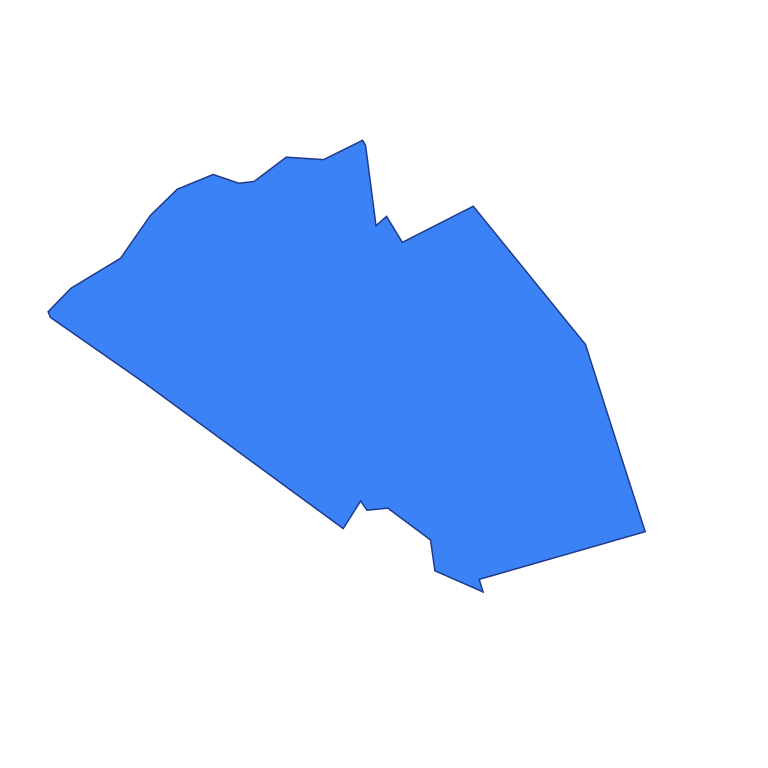 the district of Greene, New York, United States of America, rotated 225°
{"feature_id": "52423323B74278338404385", "entity_name": "Greene", "entity_type": "district", "adm_level": 2, "iso_a3": "USA", "parent_name": "United States of America", "parent_adm1": "New York", "projection": "orthographic", "projection_center": [-74.073, 42.28], "detail": "fine", "context": "isolated", "style": "filled", "palette": "blue", "viewbox_px": 768, "rotation_deg": 225, "n_neighbors": 0, "source": "geoboundaries", "source_scale": "gbopen_adm2", "svg_char_len": 542}
<svg xmlns="http://www.w3.org/2000/svg" viewBox="0 0 768 768"><g transform="rotate(225 384 384)"><path d="M310.6,252.9L317.8,284.8L306.8,282.7L293.5,298.9L240.8,306.6L215.9,287.9L166.9,307.0L178.5,313.2L94.9,464.3L159.9,497.7L269.4,554.4L296.7,557.2L446.6,572.8L471.2,497.1L500.7,504.3L501.6,490.3L565.6,539.6L571.5,541.2L585.4,499.9L613.5,475.3L619.1,435.3L628.6,423.3L653.0,411.3L667.9,375.7L668.4,338.1L659.2,286.7L673.1,230.3L672.6,197.6L666.9,195.2L553.8,215.4L310.6,252.9Z" fill="#3b82f6" stroke="#1e3a8a" stroke-width="1.5"/></g></svg>